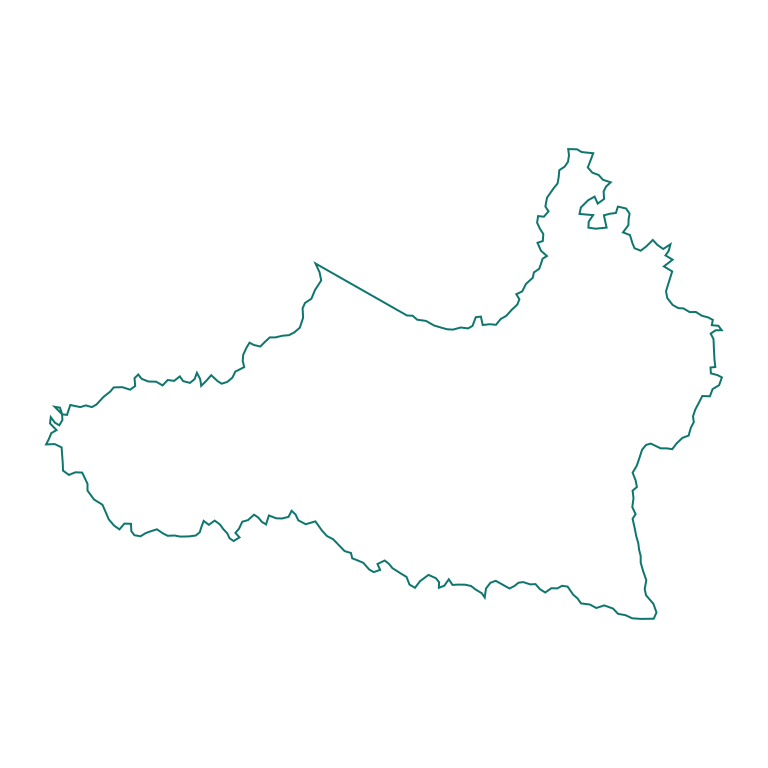 Curiúva, Paraná, Brazil
{"feature_id": "56859067B60158173391359", "entity_name": "Curiúva", "entity_type": "district", "adm_level": 2, "iso_a3": "BRA", "parent_name": "Brazil", "parent_adm1": "Paraná", "projection": "albers", "projection_center": [-50.47, -23.991], "detail": "fine", "context": "isolated", "style": "outline", "palette": "teal", "viewbox_px": 768, "rotation_deg": 0, "n_neighbors": 0, "source": "geoboundaries", "source_scale": "gbopen_adm2", "svg_char_len": 4308}
<svg xmlns="http://www.w3.org/2000/svg" viewBox="0 0 768 768"><path d="M62.1,414.3L62.4,420.0L59.3,425.3L54.9,422.7L50.8,417.2L50.0,423.4L56.5,430.1L51.3,433.1L48.9,439.0L46.1,444.4L54.8,444.1L61.6,447.4L62.1,454.2L62.8,463.9L63.0,470.6L68.9,474.9L75.4,472.3L82.2,472.6L87.5,483.8L87.5,490.6L94.0,499.5L102.4,504.7L105.2,511.0L108.8,519.4L114.0,525.5L119.4,529.4L124.4,523.6L131.0,523.8L131.3,531.1L134.4,535.2L140.5,536.3L145.7,533.1L150.7,531.3L156.9,529.3L162.8,533.3L167.7,535.8L174.6,535.5L180.4,536.6L189.1,536.4L195.8,535.5L199.7,532.3L201.6,526.4L203.7,520.9L208.8,524.8L214.7,520.6L220.0,524.5L223.1,528.9L227.3,533.4L229.5,538.2L233.6,541.0L239.5,537.4L235.4,532.9L239.0,528.7L242.3,521.7L248.0,520.1L254.0,514.7L258.1,517.4L261.9,521.9L266.0,524.4L268.9,515.5L276.3,518.3L281.9,518.5L288.5,516.9L291.6,510.8L295.5,514.4L298.3,520.3L305.7,524.2L315.4,521.4L322.0,530.6L326.9,536.0L333.1,539.2L344.6,551.1L351.0,553.0L352.2,558.3L356.6,560.0L363.3,562.8L369.3,569.6L373.7,572.1L380.1,569.9L377.5,564.0L384.7,560.5L389.1,564.0L392.4,568.1L400.8,573.5L406.5,576.9L409.5,584.6L415.0,587.8L420.0,581.2L428.5,574.9L435.9,578.2L439.0,582.1L438.9,587.8L444.3,585.7L448.8,579.3L452.5,584.9L458.1,584.6L465.1,584.7L471.1,586.0L475.4,589.4L481.9,593.3L484.7,597.5L486.0,588.5L490.4,582.8L495.7,580.8L503.1,584.9L509.5,588.5L514.4,586.0L518.5,582.7L523.2,582.1L530.4,584.4L535.5,584.1L539.9,589.1L545.2,592.5L551.4,588.2L557.3,588.4L562.1,585.8L567.6,586.6L573.3,594.8L577.5,598.4L581.0,603.4L589.8,604.5L596.3,608.0L604.3,605.4L613.1,608.6L618.0,613.8L625.5,615.2L632.2,618.3L641.1,618.9L653.7,618.7L656.5,612.5L653.4,603.8L646.0,595.2L644.7,589.0L646.3,580.2L643.2,571.3L640.7,562.7L640.7,556.1L639.1,549.8L638.3,543.3L636.3,536.4L634.5,527.3L632.6,518.7L635.6,514.2L632.3,507.1L633.5,498.2L632.6,490.6L636.9,487.0L635.6,480.3L632.6,472.7L636.7,465.8L639.0,459.2L642.1,449.7L646.1,444.9L650.8,443.6L660.6,448.3L666.5,448.3L672.2,449.2L676.6,443.4L682.5,437.8L688.6,435.6L690.9,427.6L693.8,422.1L693.0,416.3L695.3,409.5L698.9,402.7L702.3,396.0L709.9,396.3L712.6,389.1L719.1,385.2L721.9,377.4L717.5,375.1L710.9,373.4L710.5,367.5L715.3,367.0L714.5,360.0L714.0,350.7L713.5,339.1L710.7,333.6L715.6,330.3L721.7,330.2L718.4,325.8L711.8,325.2L712.8,319.9L708.1,317.4L701.8,315.7L695.9,312.0L689.7,312.1L683.4,308.4L678.2,308.1L672.6,304.9L667.3,298.1L666.0,291.3L668.8,282.2L672.2,271.4L663.9,266.4L672.6,259.7L665.5,255.4L668.8,250.7L670.4,244.3L663.2,249.0L657.3,244.8L652.8,240.0L646.3,246.4L640.7,250.7L634.5,248.2L632.5,243.4L629.9,235.0L623.0,232.4L628.4,225.1L628.6,219.2L629.6,213.7L626.1,208.5L617.9,206.6L615.9,213.0L610.0,213.7L603.9,215.3L606.6,227.6L595.6,228.7L588.4,227.6L588.7,221.7L593.1,215.1L585.8,214.5L579.5,213.9L580.9,207.4L588.2,200.2L594.6,196.6L597.7,203.6L604.1,199.0L603.6,191.5L606.1,186.5L610.7,182.3L603.0,179.8L598.5,174.9L592.4,172.7L587.8,167.5L591.4,158.1L593.2,153.2L586.8,152.6L581.6,152.0L577.0,149.3L568.2,149.1L569.0,155.1L568.0,161.8L564.7,166.6L559.3,170.2L558.7,177.0L557.5,183.6L554.2,187.5L551.0,192.0L547.0,197.7L545.4,206.5L548.5,211.4L543.9,216.7L538.1,216.1L537.1,222.6L539.8,228.5L543.3,234.0L542.8,241.0L537.5,242.8L541.0,250.8L546.9,256.0L542.6,258.7L541.0,263.7L539.2,268.8L533.9,272.4L532.8,277.7L526.0,283.9L522.2,291.4L516.3,294.2L519.4,299.3L517.3,304.6L511.7,309.8L506.3,315.8L500.6,319.1L496.0,324.8L489.8,324.2L482.7,325.0L480.9,316.6L475.8,317.2L472.5,325.9L468.1,328.4L460.7,327.5L453.0,329.6L447.4,329.3L441.8,327.8L434.1,325.5L425.9,320.9L417.2,319.7L412.6,315.7L407.0,315.5L315.5,263.5L319.6,272.4L321.2,280.5L315.0,290.0L311.4,298.7L305.0,303.0L302.6,308.2L303.1,317.8L299.8,327.7L294.3,332.4L288.9,335.2L282.6,335.7L275.4,337.4L269.8,337.4L264.9,341.9L260.3,346.5L253.9,345.0L249.5,342.7L246.4,347.8L243.2,354.8L242.7,360.7L244.2,367.1L235.3,371.6L232.5,377.5L227.3,381.9L221.7,383.7L217.6,381.1L211.2,375.2L206.4,380.7L201.2,385.9L200.2,379.1L196.9,372.8L194.6,379.1L190.0,382.9L183.1,381.1L179.8,376.4L174.1,380.9L167.7,380.0L162.6,385.4L156.1,381.7L148.3,381.5L141.6,378.8L138.3,374.5L134.5,378.2L135.2,386.0L130.1,389.7L122.5,387.2L113.7,387.4L110.2,391.6L103.5,396.9L96.4,404.6L91.8,407.1L85.9,405.4L80.3,407.1L70.3,405.0L67.0,414.9L62.1,414.3ZM62.1,414.3L60.0,407.7L54.7,406.8L62.1,414.3Z" fill="none" stroke="#0f766e" stroke-width="2"/></svg>